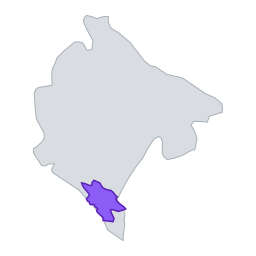 where Bar sits in Montenegro
{"feature_id": "MNE-1496", "entity_name": "Bar", "entity_type": "Municipality", "adm_level": 1, "iso_a3": "MNE", "parent_name": "Montenegro", "parent_adm1": "", "projection": "mercator", "projection_center": [19.125, 42.167], "detail": "fine", "context": "in_parent", "style": "filled", "palette": "violet", "viewbox_px": 256, "rotation_deg": 0, "n_neighbors": 0, "source": "natural_earth", "source_scale": "10m", "svg_char_len": 1820}
<svg xmlns="http://www.w3.org/2000/svg" viewBox="0 0 256 256"><path d="M108.4,16.6L108.2,18.3L108.7,23.2L110.9,28.0L118.7,32.9L130.2,42.5L143.8,60.3L150.0,65.6L155.6,66.8L166.5,74.2L174.1,76.0L182.6,78.0L204.8,93.3L214.7,97.8L221.8,103.5L222.5,108.9L222.2,112.3L209.4,116.2L207.2,122.2L201.0,121.5L193.5,121.4L191.1,125.2L194.7,131.4L197.0,138.7L195.1,148.7L194.5,150.1L192.7,149.7L182.1,155.5L174.3,158.2L167.2,159.6L163.9,156.8L162.2,153.0L162.5,142.0L161.2,138.3L158.8,136.5L154.0,139.1L148.3,147.6L143.1,157.5L135.2,167.8L128.8,177.6L121.8,190.0L117.0,200.2L122.0,206.0L125.0,214.0L124.1,220.0L124.9,223.5L123.4,234.0L123.1,240.6L107.7,230.1L101.3,215.2L78.8,190.0L52.9,172.8L51.5,170.0L53.0,166.7L54.2,164.1L48.8,163.9L45.1,166.0L41.5,165.4L37.4,158.9L33.6,153.3L33.5,148.4L35.2,147.7L37.8,145.8L43.2,140.3L44.3,137.4L44.0,133.0L36.4,119.1L35.3,110.1L34.2,93.3L35.8,89.3L38.6,87.4L52.0,85.3L51.8,72.2L52.6,68.2L55.3,62.8L57.0,57.8L64.4,50.6L74.5,42.1L78.9,41.8L82.8,43.0L87.1,50.4L91.9,49.4L92.9,40.6L86.6,29.0L83.3,21.6L84.3,17.5L86.7,15.4L92.0,16.7L97.1,18.7L100.4,17.4L105.5,16.3L108.4,16.6Z" fill="#d9dde1" stroke="#a8b0b8" stroke-width="1"/><path d="M117.3,196.8L116.4,197.7L116.1,199.1L117.1,201.3L118.7,203.0L124.3,207.2L125.8,209.0L124.6,209.5L118.6,211.4L116.7,211.0L113.1,209.7L110.4,209.7L111.2,212.6L114.0,218.4L113.1,221.7L103.8,220.5L103.2,220.6L103.0,217.6L97.4,212.4L96.6,210.5L97.5,208.6L96.8,207.8L95.5,207.2L94.0,204.5L90.3,204.6L89.4,203.2L89.2,201.8L88.7,201.4L88.0,201.4L87.4,201.0L86.4,198.8L89.3,195.4L88.8,193.7L86.6,191.0L83.9,187.8L82.2,184.6L81.6,182.9L85.3,183.7L89.4,185.4L91.7,185.4L92.1,182.5L93.9,180.3L98.7,182.4L100.1,183.2L101.0,185.1L102.7,187.6L104.9,188.9L107.9,189.9L110.8,190.4L112.9,192.0L116.1,196.0L117.3,196.8Z" fill="#8b5cf6" stroke="#5b21b6" stroke-width="1.5"/></svg>